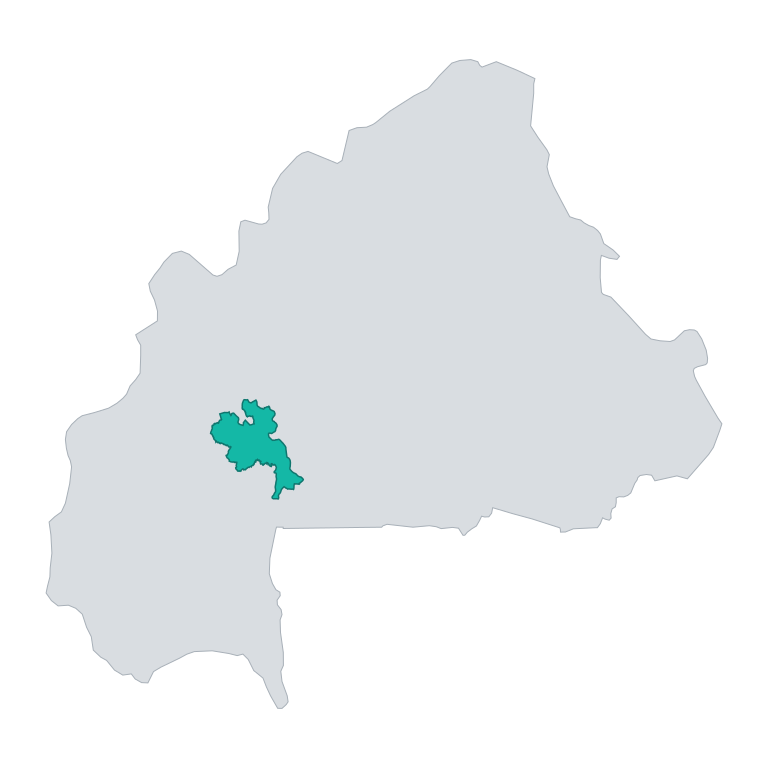 Bale, Balé, Burkina Faso shown in context
{"feature_id": "67063806B68807156447803", "entity_name": "Bale", "entity_type": "district", "adm_level": 2, "iso_a3": "BFA", "parent_name": "Burkina Faso", "parent_adm1": "Balé", "projection": "equal_earth", "projection_center": [-3.151, 11.673], "detail": "fine", "context": "in_parent", "style": "filled", "palette": "teal", "viewbox_px": 768, "rotation_deg": 0, "n_neighbors": 0, "source": "geoboundaries", "source_scale": "gbopen_adm2", "svg_char_len": 9078}
<svg xmlns="http://www.w3.org/2000/svg" viewBox="0 0 768 768"><path d="M595.4,527.7L573.4,528.8L565.4,532.0L560.5,532.1L560.4,529.4L559.8,527.8L532.0,518.9L512.5,513.6L492.7,507.7L491.6,513.2L488.8,516.8L484.6,517.0L481.6,516.2L479.6,520.4L476.4,526.0L471.8,528.8L467.3,532.2L464.8,535.2L463.0,535.3L458.5,528.2L452.5,527.4L441.2,528.6L436.2,526.7L429.3,525.7L413.0,527.2L387.0,524.3L382.8,525.9L381.7,527.2L355.9,527.5L327.6,527.9L303.9,528.2L283.2,528.5L283.2,527.2L276.5,527.1L275.8,529.5L269.9,558.2L269.3,573.8L272.4,583.5L275.9,589.7L279.9,592.2L280.2,595.7L277.1,600.2L277.4,604.8L281.1,609.6L282.0,614.6L280.1,619.9L280.5,632.5L283.3,652.5L283.4,665.4L280.8,671.3L282.0,681.5L287.2,695.8L288.1,701.8L286.2,704.6L282.0,708.4L277.7,708.3L272.7,699.6L270.5,695.7L266.4,686.9L263.0,678.1L258.3,674.2L253.8,670.6L248.2,659.4L242.9,654.1L237.2,655.6L228.9,653.5L212.2,650.8L194.3,651.6L186.8,654.2L179.5,658.2L160.8,667.2L153.5,671.6L147.9,682.9L141.6,682.6L135.2,679.0L131.3,673.9L122.8,675.1L114.5,670.1L106.6,660.4L100.8,657.2L93.3,650.1L91.3,636.7L86.6,627.3L82.3,614.2L75.8,608.3L68.4,605.2L58.1,605.9L51.4,600.6L46.1,593.0L47.5,586.3L49.9,576.9L50.2,567.9L51.9,553.2L50.9,534.8L49.1,522.0L54.8,516.7L61.4,511.9L65.4,503.2L69.7,483.7L71.6,466.8L70.3,460.6L68.1,455.6L66.4,448.3L65.4,439.5L66.6,431.7L71.6,424.5L77.8,418.6L82.2,415.7L93.9,412.7L108.5,408.2L117.0,403.2L123.1,398.1L126.6,394.1L130.1,385.9L135.7,379.6L140.1,373.2L140.7,355.3L140.7,345.2L137.5,339.6L135.7,334.8L157.4,320.9L157.5,311.0L154.5,300.0L150.3,291.2L148.8,283.6L154.7,274.6L160.1,267.9L163.9,262.1L172.4,253.4L181.3,251.1L189.3,254.4L212.9,275.0L217.0,276.3L221.9,274.7L228.1,269.3L236.2,265.0L239.2,251.3L238.9,231.1L240.8,221.8L245.0,220.2L258.6,224.0L262.1,224.2L266.1,222.9L269.0,219.4L268.8,212.9L268.2,207.1L272.6,188.4L280.7,174.3L297.0,156.7L302.1,153.2L308.0,151.4L337.3,163.5L342.0,160.5L349.1,130.5L357.0,127.7L366.5,127.2L372.7,124.6L375.9,122.5L389.8,111.2L414.2,95.7L427.4,89.1L430.0,86.6L439.4,75.6L451.8,63.1L459.8,60.5L470.8,59.6L477.8,61.7L479.7,65.3L482.0,67.1L496.3,61.7L517.0,70.2L534.9,78.6L533.7,83.9L533.7,93.3L532.3,108.1L530.6,125.9L538.0,137.4L546.9,149.8L549.3,154.6L547.0,166.8L548.7,174.0L553.4,185.9L561.4,201.1L569.7,216.7L575.3,218.7L580.7,220.0L584.0,222.8L588.8,225.5L593.5,227.2L597.7,230.6L600.4,234.0L603.8,243.6L613.1,250.0L619.5,256.3L617.0,259.4L609.0,258.2L601.4,255.4L600.4,260.0L600.2,277.7L601.5,292.4L603.3,294.4L610.9,297.1L629.1,316.2L645.5,334.3L651.0,339.0L660.1,340.8L670.2,341.5L674.6,339.9L684.3,330.8L689.5,329.7L694.3,330.0L697.0,331.5L701.7,338.9L706.2,350.1L707.6,358.4L707.2,362.9L705.7,364.6L697.6,366.7L694.2,368.4L693.3,370.8L694.6,376.4L696.2,380.0L705.1,396.3L718.0,418.1L721.9,423.8L719.8,430.3L713.4,447.4L708.6,454.5L687.4,478.8L676.9,475.9L654.9,480.8L651.6,475.2L646.4,474.5L640.1,475.5L637.8,477.6L637.1,480.0L634.8,483.3L630.8,492.9L627.7,495.4L623.8,496.9L619.0,496.7L616.2,497.9L616.2,502.7L615.4,506.8L612.1,508.9L610.8,513.5L611.1,518.1L609.2,520.2L605.0,519.1L602.6,517.8L600.3,523.7L597.4,527.7L595.4,527.7Z" fill="#d9dde1" stroke="#a8b0b8" stroke-width="1"/><path d="M268.8,406.3L268.2,407.0L268.1,406.9L268.2,406.7L267.8,406.8L266.5,407.0L265.7,407.6L265.3,407.6L264.8,407.8L264.4,407.7L264.4,408.3L264.2,408.6L263.6,409.1L262.8,408.9L262.4,408.5L261.9,408.5L261.9,408.4L260.8,408.3L259.5,407.5L258.6,406.7L258.0,406.5L257.7,406.2L257.1,405.2L256.9,402.4L256.7,401.5L255.9,400.1L252.9,401.7L251.0,402.9L249.5,402.4L249.0,402.1L248.4,401.2L247.8,400.0L247.6,399.7L246.9,399.9L244.2,399.7L243.9,399.9L243.5,400.5L242.4,403.3L242.2,405.4L242.3,406.1L242.2,407.6L242.3,408.8L242.7,409.3L243.1,409.2L243.5,409.3L243.9,410.0L244.9,411.0L245.3,411.7L245.4,411.9L245.1,411.9L245.2,412.1L246.2,415.4L246.6,416.2L246.8,416.1L246.9,416.4L247.1,416.4L247.4,416.8L247.7,416.5L248.9,416.2L249.7,415.8L249.9,415.9L250.3,416.3L250.7,416.2L251.1,416.5L252.1,416.4L252.4,416.1L252.7,416.2L252.8,416.5L252.8,417.2L252.9,417.7L253.9,420.2L254.0,420.8L253.8,421.3L253.8,421.5L253.7,422.3L254.1,423.8L253.4,423.9L251.6,424.7L249.9,425.0L245.3,420.2L243.4,422.7L243.5,423.6L243.0,425.4L239.2,424.2L239.0,423.7L238.5,423.4L237.9,422.2L238.7,419.6L238.7,418.8L238.4,418.2L238.4,417.7L236.2,415.8L234.9,414.4L234.2,413.8L234.0,413.4L233.2,413.1L231.9,413.5L231.6,413.8L231.3,415.0L230.9,415.5L229.2,412.6L229.1,412.0L228.6,412.3L227.6,412.6L224.4,412.5L219.8,413.9L220.8,417.2L221.1,418.6L221.6,419.3L221.0,420.1L220.5,420.0L219.6,420.4L219.2,421.3L218.9,421.7L218.8,422.6L218.5,422.7L218.3,423.2L217.9,423.1L217.4,422.7L216.7,423.1L216.3,423.1L215.5,423.8L214.8,423.4L214.2,423.8L214.3,423.9L214.3,424.0L213.9,424.6L213.7,425.0L213.3,425.2L213.0,425.2L212.9,425.5L212.4,425.4L212.0,426.1L212.3,427.3L212.1,427.7L212.3,428.4L212.2,428.9L212.1,429.1L212.0,429.6L211.8,429.7L211.6,430.0L211.3,431.3L210.9,431.9L210.6,433.4L211.0,433.6L211.2,433.9L211.7,433.9L212.1,434.3L212.1,434.8L212.7,435.6L212.8,436.2L213.2,436.4L213.2,436.8L213.8,437.5L213.8,438.0L213.6,438.0L214.0,439.2L215.3,440.4L215.5,440.9L215.6,440.7L216.0,440.8L216.2,441.1L216.1,441.6L216.4,441.3L217.0,442.2L217.7,442.6L217.9,442.2L218.1,442.1L218.3,442.3L218.2,442.5L219.0,442.6L219.3,442.9L219.8,442.8L220.0,442.9L219.9,443.1L219.7,443.4L220.1,443.6L220.6,443.6L220.8,443.3L221.5,443.0L222.5,443.6L223.7,443.9L223.8,444.1L223.5,444.2L223.9,444.6L224.0,444.6L224.1,444.3L224.6,444.7L225.4,444.8L226.1,445.5L226.4,445.4L226.5,445.6L226.8,445.6L227.1,445.1L227.7,445.4L228.7,446.9L229.7,447.1L230.2,446.5L230.9,446.9L230.7,447.5L230.4,447.8L230.5,447.9L229.9,448.9L229.3,449.4L229.2,449.9L228.7,450.5L228.3,451.5L228.4,452.2L228.2,453.5L227.7,454.1L227.2,455.2L226.5,455.2L226.1,455.4L226.1,455.6L227.1,457.8L227.6,458.0L228.7,459.2L229.2,459.6L229.3,460.1L229.2,461.1L231.0,461.9L233.0,462.1L234.0,461.8L234.4,462.4L235.2,462.6L235.5,462.2L236.8,462.3L236.6,464.1L236.4,464.6L236.2,465.8L236.6,466.8L236.4,467.2L235.7,467.7L235.8,468.5L236.3,469.4L237.1,470.0L237.6,471.0L238.0,471.1L239.5,471.1L240.1,471.3L240.4,471.0L240.6,471.0L240.5,470.8L240.9,470.8L241.4,470.0L242.7,468.9L243.2,469.0L243.7,469.4L243.8,469.7L244.0,469.5L245.0,469.8L245.2,469.7L245.5,469.7L245.6,469.4L245.8,469.4L246.6,468.4L247.2,468.2L247.8,467.5L248.6,467.3L249.1,467.4L249.2,467.1L249.4,467.1L249.7,466.9L250.4,466.5L250.9,466.5L251.2,466.7L251.2,466.4L251.5,466.1L251.8,465.7L252.5,465.6L252.8,465.6L253.0,465.4L252.7,465.2L252.8,465.1L253.6,464.8L253.7,464.1L254.3,463.9L254.3,463.1L254.8,462.3L254.7,462.0L254.8,461.9L255.1,462.2L255.8,462.0L256.0,461.2L255.6,460.5L255.6,460.3L256.4,460.0L257.0,460.2L257.5,459.5L258.1,460.6L258.4,460.7L258.9,460.1L259.0,460.2L259.4,460.2L259.5,460.7L259.8,461.3L260.7,461.2L260.9,461.4L260.7,461.8L260.3,462.2L260.2,462.4L260.5,463.7L260.7,464.0L260.9,463.9L261.6,463.9L262.4,464.2L262.6,464.8L263.0,465.3L263.1,465.7L263.2,465.1L263.6,464.8L263.9,464.1L264.5,464.1L265.2,463.2L265.8,463.2L267.0,464.1L267.0,463.3L266.8,462.8L266.9,462.5L267.5,462.7L268.5,463.7L268.9,464.6L268.9,465.0L269.3,465.2L269.9,465.9L270.1,465.9L270.4,466.3L271.0,466.0L271.4,466.3L271.5,465.9L271.6,465.3L271.0,464.3L271.1,464.0L271.4,463.7L272.0,463.7L272.4,464.2L272.7,464.8L273.2,465.1L273.7,464.9L274.2,464.5L274.5,464.5L274.6,464.9L274.9,464.8L275.1,464.9L275.7,465.8L276.4,467.4L275.8,469.6L275.4,470.5L274.3,471.5L274.2,471.9L274.2,472.5L274.4,472.8L275.6,472.9L276.1,473.4L276.3,474.0L276.1,476.6L276.5,478.5L276.5,479.8L275.9,482.5L275.9,483.1L275.3,486.2L275.2,487.2L275.6,489.8L275.6,491.4L275.2,492.2L274.4,493.3L273.7,495.0L272.3,496.5L272.1,497.7L272.3,498.1L272.6,498.4L273.6,498.8L274.3,498.7L275.0,498.8L276.1,498.7L277.7,498.8L278.6,499.3L278.4,499.0L278.5,498.4L278.7,497.6L278.4,495.8L278.9,494.3L279.8,493.5L280.5,492.4L281.3,489.9L281.7,489.2L282.7,488.0L284.1,486.7L285.9,488.1L286.2,488.1L287.2,488.7L287.6,489.1L288.5,488.9L291.4,489.2L292.6,489.1L293.5,489.5L293.7,489.2L293.9,488.0L294.0,485.4L294.4,483.8L295.2,484.0L295.5,483.9L297.2,483.9L298.3,484.2L298.9,483.6L299.5,484.0L299.8,483.3L300.0,482.8L301.0,482.2L301.5,481.6L302.5,480.9L303.3,479.7L303.2,479.3L302.3,478.1L301.8,477.8L301.0,477.0L299.6,476.8L298.9,476.5L297.8,475.9L295.9,473.8L293.4,472.7L291.8,471.4L290.0,469.3L289.8,468.1L290.2,466.4L290.4,463.1L290.4,462.2L290.1,460.4L289.6,459.3L288.8,458.2L287.2,457.3L286.9,456.9L285.9,449.2L285.8,447.3L285.1,446.0L282.7,442.9L282.4,442.8L281.7,441.9L281.1,441.4L280.7,440.8L279.3,439.5L278.6,439.3L277.7,439.6L276.7,439.8L275.9,439.7L275.6,440.0L274.4,440.3L273.8,440.1L273.0,440.4L272.6,440.3L271.5,439.5L268.9,436.9L268.8,436.5L268.5,434.8L268.6,433.4L269.1,433.2L270.1,433.1L271.3,433.5L272.0,433.3L273.6,432.2L274.9,431.6L275.6,430.4L275.8,428.7L277.1,426.2L277.0,424.9L276.4,423.8L275.7,422.9L274.7,422.3L274.2,421.5L273.0,421.1L272.5,420.5L272.3,419.7L272.2,419.0L272.4,418.4L273.5,416.7L274.6,415.4L274.8,415.0L275.0,413.6L274.4,412.1L274.3,411.7L273.5,411.0L272.7,410.8L272.4,410.5L271.9,410.5L271.4,410.3L270.9,409.8L270.1,409.2L269.8,408.7L269.7,407.8L269.4,406.9L268.8,406.3Z" fill="#14b8a6" stroke="#0f766e" stroke-width="1.5"/></svg>